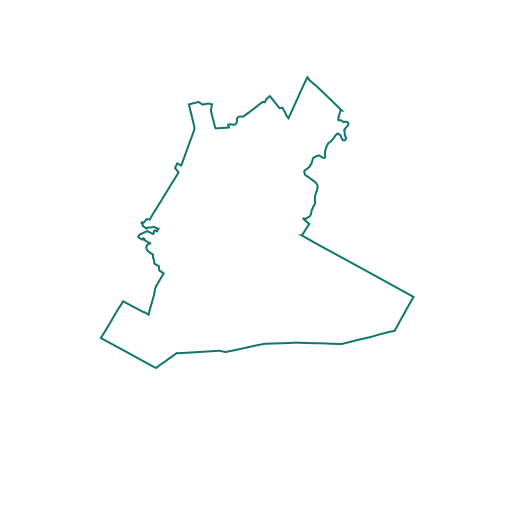 Becicherecu Mic, Timis, Romania, rotated 223°
{"feature_id": "2599482B19293630828144", "entity_name": "Becicherecu Mic", "entity_type": "district", "adm_level": 2, "iso_a3": "ROU", "parent_name": "Romania", "parent_adm1": "Timis", "projection": "albers", "projection_center": [21.043, 45.839], "detail": "fine", "context": "isolated", "style": "outline", "palette": "teal", "viewbox_px": 512, "rotation_deg": 223, "n_neighbors": 0, "source": "geoboundaries", "source_scale": "gbopen_adm2", "svg_char_len": 5982}
<svg xmlns="http://www.w3.org/2000/svg" viewBox="0 0 512 512"><g transform="rotate(223 256 256)"><path d="M339.7,421.8L340.4,421.8L339.6,419.2L335.6,406.8L333.9,402.0L326.2,378.9L329.0,379.3L333.3,381.1L334.7,381.3L335.1,381.5L337.7,382.5L339.6,380.2L354.9,382.4L355.4,377.7L355.2,377.0L354.9,375.9L354.4,375.0L354.4,374.7L354.5,374.3L354.8,374.2L355.5,373.9L355.8,373.6L356.1,373.3L356.2,372.8L356.7,370.5L358.0,362.3L358.8,357.8L359.3,354.5L359.5,354.6L360.1,350.4L360.3,349.8L360.4,349.5L360.8,349.0L361.5,348.3L362.2,347.7L363.0,346.9L363.5,346.0L363.7,345.5L363.8,345.2L363.8,344.8L363.8,344.4L363.7,344.0L363.5,343.5L363.3,343.1L362.9,342.6L362.0,341.9L361.6,341.4L361.5,341.0L361.2,340.3L360.9,339.1L360.9,338.4L361.0,337.8L361.1,337.4L361.3,337.2L364.9,334.6L365.8,333.3L365.9,333.2L365.7,332.8L365.4,332.5L365.0,332.3L364.3,332.1L363.8,331.9L363.5,331.7L363.5,331.3L367.2,327.5L372.5,321.8L373.2,322.0L374.0,322.4L378.4,325.3L380.3,326.4L388.0,331.4L391.7,336.9L394.9,334.9L397.8,331.1L398.0,330.8L398.4,330.4L398.8,330.2L403.0,329.5L408.5,321.1L390.2,309.1L389.4,308.5L387.5,306.8L384.0,298.6L380.5,290.2L379.6,288.2L372.4,271.2L372.6,271.0L376.5,270.2L376.8,269.9L375.5,266.1L375.1,265.1L369.6,264.4L368.2,257.3L366.6,249.1L363.6,234.5L362.8,230.7L362.1,227.1L360.7,219.7L360.0,216.2L358.6,210.0L359.7,209.4L360.3,209.0L360.9,208.5L361.2,208.1L361.3,207.7L361.2,207.4L361.1,207.0L360.9,205.7L360.9,204.9L361.0,203.9L361.2,203.3L361.2,203.2L362.4,203.0L362.3,202.1L361.0,202.0L360.7,201.7L360.4,201.6L360.0,201.5L359.7,201.1L359.5,200.8L359.4,200.8L355.0,201.3L354.8,201.5L355.3,201.8L353.9,203.6L352.2,205.4L350.3,207.8L348.0,208.4L347.8,208.5L346.1,209.1L345.9,209.3L345.2,206.5L345.3,206.4L347.1,206.0L347.3,205.8L347.5,205.7L347.6,205.3L347.6,204.9L347.6,204.4L347.4,204.2L347.2,204.1L346.9,203.9L346.3,201.9L352.5,200.0L355.8,192.3L355.3,189.7L353.9,189.7L350.5,190.3L350.5,192.1L349.2,192.3L348.8,191.6L343.2,192.6L342.9,192.8L342.7,193.1L342.1,193.0L343.1,190.1L343.1,189.8L342.5,188.0L341.9,187.3L341.0,186.6L339.6,186.0L337.5,185.9L335.8,186.2L334.3,186.4L332.5,186.8L330.6,185.0L330.4,184.8L330.1,184.5L329.6,184.3L328.8,184.0L328.3,183.8L327.9,183.5L327.5,183.1L325.0,181.1L320.2,182.3L317.1,179.6L316.8,179.5L311.6,180.3L311.1,177.6L308.6,166.4L307.5,163.3L304.3,158.5L300.3,150.7L298.2,146.5L296.1,142.5L294.6,139.8L295.0,139.8L299.1,138.9L299.3,138.4L322.3,132.2L321.4,128.2L321.3,127.2L320.9,124.7L319.9,119.9L318.8,114.9L318.4,112.9L317.9,111.3L316.4,104.5L314.3,94.1L313.9,92.3L313.5,90.2L276.7,99.7L258.8,104.2L252.8,105.9L252.2,109.1L248.8,125.7L247.8,130.9L247.0,131.6L246.3,132.1L231.1,148.1L218.3,161.6L212.7,165.1L206.8,173.4L195.3,190.1L191.2,195.8L189.9,197.6L176.7,210.7L172.4,215.0L167.9,219.7L163.3,223.7L153.6,232.2L148.8,236.6L145.3,239.6L137.3,246.5L133.2,250.2L125.3,262.5L117.2,274.5L113.1,281.4L111.7,283.7L109.9,286.5L107.1,290.7L107.1,290.9L103.5,295.8L104.4,299.1L105.4,303.1L107.0,309.1L107.1,310.0L109.9,320.8L112.9,333.5L150.5,324.0L158.2,322.1L184.8,315.3L194.1,312.9L216.1,307.2L236.8,302.2L236.6,302.4L236.5,302.5L238.9,315.7L247.6,315.5L246.3,316.1L245.7,316.4L245.4,316.8L244.9,317.7L244.5,318.7L244.4,319.5L243.9,321.0L243.8,321.9L243.9,322.6L244.5,324.3L245.0,325.2L245.3,325.7L245.5,326.0L246.1,326.7L246.5,327.4L246.6,327.9L246.9,329.1L247.7,330.8L247.9,332.1L248.1,333.1L248.3,333.8L248.6,334.6L249.1,335.3L249.4,335.7L249.8,336.1L250.2,336.3L251.3,337.3L251.7,337.8L252.3,338.4L252.9,339.2L253.5,340.1L254.0,340.7L254.3,341.3L254.5,341.6L254.9,342.6L256.0,344.9L256.3,345.9L256.7,346.6L257.7,347.8L258.1,348.5L258.2,348.8L258.5,349.1L259.6,349.7L260.1,349.9L260.5,350.0L260.9,350.1L262.3,350.3L264.0,350.3L264.9,350.2L265.7,350.2L265.8,350.1L266.2,350.0L267.2,349.9L268.9,349.8L269.6,349.6L271.4,349.5L273.1,349.1L275.2,348.8L275.6,348.9L276.1,349.0L277.1,349.9L277.5,350.2L278.4,350.6L278.5,350.8L278.6,351.0L278.7,351.5L278.7,351.9L278.7,352.2L278.3,353.3L278.2,354.1L278.2,354.4L278.0,355.0L278.0,355.5L278.0,355.8L278.0,356.2L277.9,356.5L277.8,356.9L277.7,357.4L277.8,357.9L277.9,358.2L277.9,358.6L278.0,358.9L278.2,359.0L278.4,359.7L278.4,359.9L278.2,360.6L278.2,361.2L278.3,361.4L279.0,362.2L279.2,362.6L279.3,362.9L279.4,363.3L279.5,363.7L279.6,364.0L279.8,364.3L280.1,364.7L280.4,365.3L280.5,365.4L280.8,365.9L280.8,366.0L281.0,366.3L281.0,366.5L280.9,367.0L280.8,367.8L279.8,370.4L279.4,371.1L278.9,372.0L278.6,372.3L278.2,372.7L277.6,372.8L275.7,373.1L274.1,373.5L273.6,373.8L273.2,374.0L272.8,374.4L272.7,374.7L272.7,374.9L272.8,375.3L273.1,375.8L273.6,376.4L274.3,377.0L274.9,377.5L275.4,377.9L276.2,378.6L276.6,379.3L276.9,379.7L277.4,380.8L277.9,381.9L278.2,382.4L278.6,383.1L278.7,383.6L279.1,384.4L279.3,385.0L279.6,386.3L279.8,386.9L280.1,387.9L280.1,388.0L279.9,388.6L279.6,389.6L279.4,391.0L279.5,392.6L279.4,393.0L279.6,394.8L279.7,395.7L279.8,396.3L279.9,396.5L280.1,398.7L280.0,399.7L280.1,400.5L280.0,400.8L279.9,401.1L279.7,401.3L278.5,401.7L278.1,401.7L277.0,401.8L276.5,401.7L275.6,401.6L275.3,401.5L275.1,401.3L274.1,400.5L273.8,400.4L272.4,400.3L272.3,400.2L272.0,400.0L271.7,399.9L271.3,400.1L271.0,400.2L270.7,400.5L270.2,400.9L270.0,401.2L269.9,401.9L270.0,402.6L270.3,403.4L270.5,403.7L270.9,403.8L271.4,403.9L272.2,404.4L272.9,404.8L273.7,405.2L274.1,405.5L274.9,406.3L275.2,406.8L275.5,407.0L277.2,408.1L277.5,408.3L277.5,408.6L277.5,409.1L277.5,409.4L277.6,409.8L277.8,411.1L277.9,411.6L277.8,413.5L277.9,414.5L278.3,415.3L278.5,415.6L278.8,415.9L279.3,416.2L279.7,416.4L279.8,416.4L281.0,416.0L281.6,415.6L282.2,415.2L282.6,414.7L282.9,413.9L283.0,413.7L283.5,413.6L284.1,413.6L285.5,413.3L286.5,413.2L286.9,412.9L287.5,412.2L287.9,411.7L288.1,411.6L288.5,411.6L289.1,412.1L289.6,412.8L290.4,413.9L290.5,414.1L290.7,414.5L290.9,415.0L293.0,419.2L293.2,419.7L293.3,420.0L293.1,420.4L292.9,420.7L292.6,420.9L302.5,421.1L310.3,421.3L327.9,421.5L330.3,421.3L332.7,421.2L334.4,421.2L335.3,421.1L338.0,421.2L339.0,421.4L339.7,421.8Z" fill="none" stroke="#0f766e" stroke-width="2"/></g></svg>